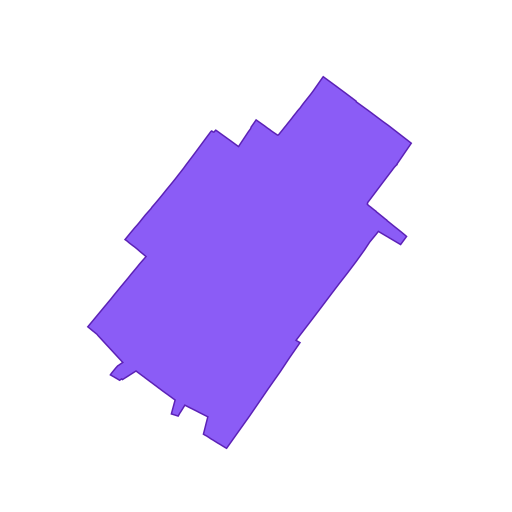 the district of Bucinisu, Olt, Romania, rotated 109°
{"feature_id": "2599482B88524911604517", "entity_name": "Bucinisu", "entity_type": "district", "adm_level": 2, "iso_a3": "ROU", "parent_name": "Romania", "parent_adm1": "Olt", "projection": "mercator", "projection_center": [24.274, 43.94], "detail": "fine", "context": "isolated", "style": "filled", "palette": "violet", "viewbox_px": 512, "rotation_deg": 109, "n_neighbors": 0, "source": "geoboundaries", "source_scale": "gbopen_adm2", "svg_char_len": 2785}
<svg xmlns="http://www.w3.org/2000/svg" viewBox="0 0 512 512"><g transform="rotate(109 256 256)"><path d="M415.8,355.0L417.4,346.8L417.9,344.5L415.9,343.0L415.9,342.8L416.3,342.0L403.8,332.0L414.2,299.7L418.5,285.6L431.8,284.7L432.9,284.6L432.8,282.3L432.7,277.5L431.2,277.2L429.5,276.9L428.7,276.7L428.0,276.5L426.3,276.1L423.7,275.5L420.2,274.7L421.0,269.1L422.0,261.5L422.1,260.8L422.4,258.9L423.7,249.4L423.7,249.2L427.3,248.9L429.9,248.7L437.9,248.0L441.6,247.7L442.1,245.3L442.1,244.8L442.2,244.3L442.8,241.8L443.6,239.0L444.0,236.8L444.6,234.3L445.3,231.3L445.8,228.7L446.4,226.1L447.2,222.5L447.4,221.2L441.6,219.5L429.0,215.8L409.4,210.0L377.2,201.1L369.9,199.0L357.5,195.4L341.4,191.2L323.6,186.2L322.9,189.9L322.7,190.7L322.4,190.6L301.2,183.5L282.7,177.4L266.4,172.1L254.6,168.2L243.0,164.2L228.6,159.5L215.0,155.4L205.7,153.0L196.1,149.4L192.9,148.3L198.1,123.0L188.5,120.0L187.8,121.7L185.8,127.0L183.1,134.7L180.3,142.4L179.9,143.6L179.7,143.7L179.4,144.3L179.2,145.1L175.6,154.9L175.0,156.7L174.7,156.9L174.1,158.8L173.1,161.6L172.5,163.2L171.7,165.7L171.1,167.0L170.9,167.5L170.6,167.7L170.3,167.7L169.7,167.7L169.4,167.8L169.1,167.8L145.7,160.2L127.1,154.1L124.6,153.0L124.0,152.6L123.7,152.4L123.5,152.6L123.1,152.6L98.8,145.9L89.5,173.2L87.5,179.9L82.2,196.3L77.6,211.4L77.0,211.7L72.7,224.9L64.6,250.8L65.4,251.1L77.3,254.5L81.5,255.7L83.7,256.4L86.4,257.3L96.8,261.0L100.4,262.1L101.2,262.3L104.8,263.8L108.6,265.1L112.2,266.4L112.7,266.5L116.8,267.9L120.0,269.1L122.7,270.0L124.0,270.5L125.6,271.1L127.4,271.7L128.5,272.1L128.8,272.2L129.1,272.3L129.5,272.5L130.2,272.7L130.9,273.0L132.0,273.4L132.5,273.5L133.6,274.0L134.2,274.3L134.5,274.6L134.7,275.0L134.6,275.3L133.1,280.9L132.5,282.9L132.0,284.2L132.0,284.3L131.3,286.9L130.9,288.1L130.2,290.2L127.3,300.2L131.9,301.5L134.4,302.2L135.2,302.5L137.6,302.6L140.4,303.5L141.1,303.7L156.8,307.8L158.2,308.1L158.2,308.3L156.2,314.7L150.4,333.9L150.1,335.0L150.9,335.4L152.5,336.1L152.7,336.5L152.7,336.8L152.6,337.2L152.2,338.6L152.6,338.9L153.4,339.3L160.9,341.7L179.3,347.5L185.5,349.5L192.8,351.9L196.5,353.0L204.3,355.7L209.9,357.6L214.8,359.4L222.3,362.2L230.1,365.0L234.9,366.8L239.8,368.7L243.5,370.2L245.4,370.7L253.3,374.0L257.7,375.6L261.7,377.0L265.4,378.4L268.9,379.9L274.7,382.1L283.1,385.2L283.8,382.8L284.9,380.1L285.2,379.2L286.3,375.9L286.9,373.9L288.1,370.6L289.9,366.2L291.2,362.7L292.3,359.8L292.6,359.9L298.5,362.3L302.0,363.7L305.1,364.8L308.8,366.2L314.0,368.2L318.0,369.6L323.5,371.7L329.8,374.1L333.1,375.3L339.3,377.6L343.6,379.1L346.0,380.0L347.8,380.7L352.0,382.3L377.7,392.0L379.8,386.4L381.8,380.8L382.2,380.2L382.7,379.4L388.0,369.6L395.7,355.3L400.0,347.3L400.8,347.9L404.9,351.0L407.7,352.2L414.0,354.5L415.8,355.0Z" fill="#8b5cf6" stroke="#5b21b6" stroke-width="1.5"/></g></svg>